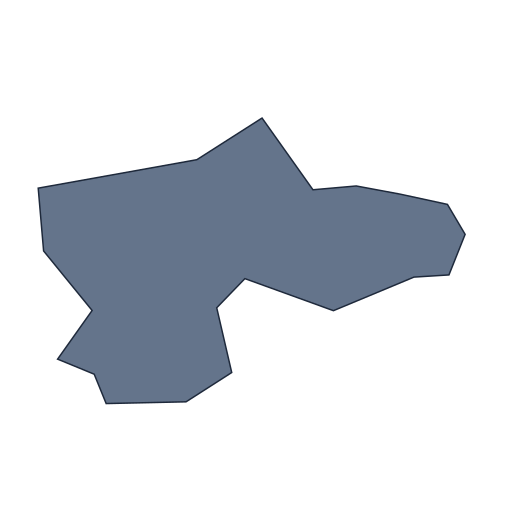 outline of Dudley, rotated 83°
{"feature_id": "GBR-5692", "entity_name": "Dudley", "entity_type": "Metropolitan Borough", "adm_level": 1, "iso_a3": "GBR", "parent_name": "United Kingdom", "parent_adm1": "", "projection": "orthographic", "projection_center": [-2.094, 52.493], "detail": "fine", "context": "isolated", "style": "filled", "palette": "slate", "viewbox_px": 512, "rotation_deg": 83, "n_neighbors": 0, "source": "natural_earth", "source_scale": "10m", "svg_char_len": 418}
<svg xmlns="http://www.w3.org/2000/svg" viewBox="0 0 512 512"><g transform="rotate(83 256 256)"><path d="M298.3,66.8L296.2,101.8L319.7,185.8L277.1,269.8L302.6,301.3L368.7,294.3L392.2,343.2L384.2,422.7L353.6,431.0L334.2,465.5L290.1,425.3L225.1,466.2L162.1,463.9L153.2,303.0L119.8,233.2L197.2,191.4L198.7,148.0L212.2,105.3L228.1,59.7L260.0,45.8L298.3,66.8Z" fill="#64748b" stroke="#1e293b" stroke-width="1.5"/></g></svg>